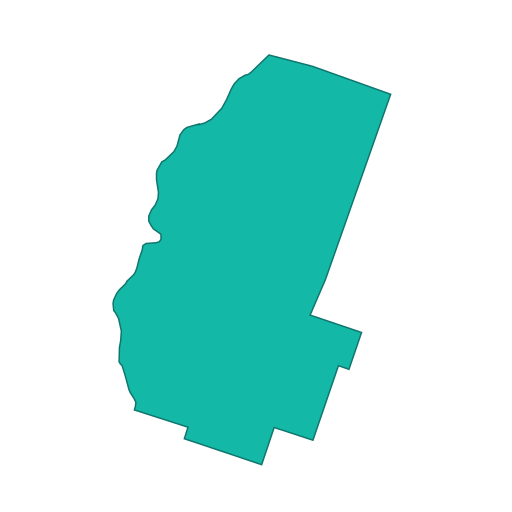 Jefferson, Ohio, United States of America (Natural Earth projection), rotated 197°
{"feature_id": "52423323B31823357110320", "entity_name": "Jefferson", "entity_type": "district", "adm_level": 2, "iso_a3": "USA", "parent_name": "United States of America", "parent_adm1": "Ohio", "projection": "natural_earth1", "projection_center": [-80.666, 40.377], "detail": "fine", "context": "isolated", "style": "filled", "palette": "teal", "viewbox_px": 512, "rotation_deg": 197, "n_neighbors": 0, "source": "geoboundaries", "source_scale": "gbopen_adm2", "svg_char_len": 1144}
<svg xmlns="http://www.w3.org/2000/svg" viewBox="0 0 512 512"><g transform="rotate(197 256 256)"><path d="M174.5,450.0L257.4,453.9L302.4,452.0L314.4,430.3L316.1,427.9L317.3,426.8L317.5,426.7L319.0,426.0L324.0,420.7L327.2,414.2L328.5,408.3L329.9,396.8L331.9,387.3L338.6,373.8L343.9,368.2L349.2,364.8L349.2,365.5L359.6,358.8L361.9,355.8L364.1,349.5L363.7,337.9L365.0,331.9L370.9,321.3L373.6,318.5L375.7,309.0L375.3,305.9L373.5,300.0L367.9,288.4L366.5,282.4L367.2,275.6L369.4,269.6L370.2,262.8L368.7,258.0L365.4,254.6L362.0,251.9L353.8,249.2L353.1,248.6L351.7,244.2L352.7,241.3L354.5,240.1L355.6,239.4L364.8,235.8L366.9,233.3L367.2,232.3L366.6,228.9L366.9,219.2L366.4,209.5L366.8,204.6L367.6,202.1L372.1,194.1L372.5,191.4L376.8,183.7L378.3,179.3L379.3,172.1L378.8,168.7L376.1,162.2L373.8,160.7L369.1,156.0L362.8,144.8L360.7,135.7L359.8,128.4L356.0,114.8L353.9,112.9L352.1,112.2L346.2,103.5L338.3,90.9L336.3,88.6L331.0,84.1L328.1,81.0L327.4,77.1L327.3,73.2L271.0,72.4L271.1,60.3L189.6,58.1L188.5,97.3L147.7,96.5L145.1,175.2L134.0,174.8L132.7,213.7L187.0,215.3L182.7,254.0L174.5,450.0Z" fill="#14b8a6" stroke="#0f766e" stroke-width="1.5"/></g></svg>